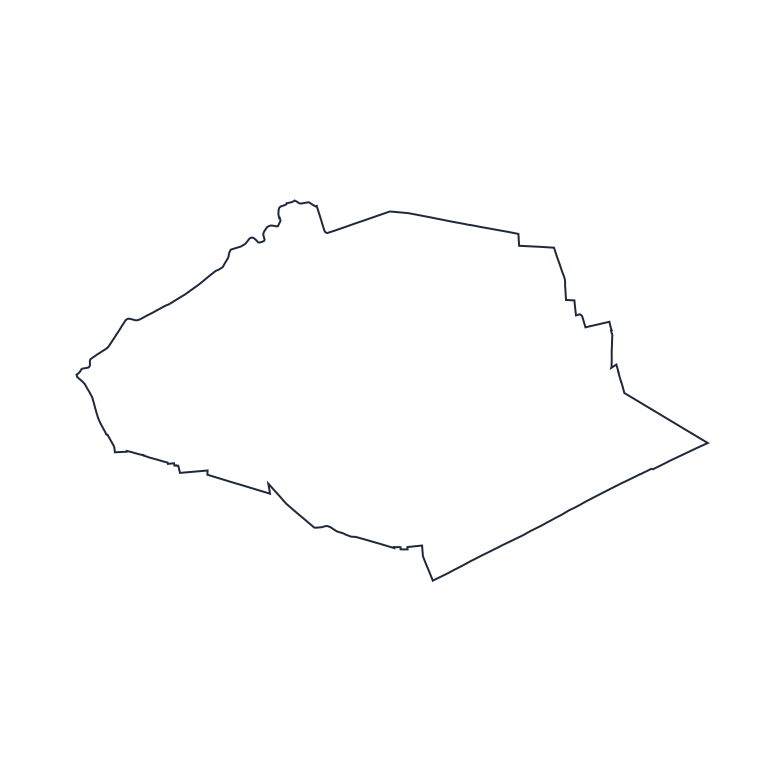 outline of San Nicolás de los Garza, Nuevo León, Mexico, rotated 162°
{"feature_id": "50627088B83196727930026", "entity_name": "San Nicolás de los Garza", "entity_type": "district", "adm_level": 2, "iso_a3": "MEX", "parent_name": "Mexico", "parent_adm1": "Nuevo León", "projection": "equal_earth", "projection_center": [-100.265, 25.736], "detail": "fine", "context": "isolated", "style": "outline", "palette": "slate", "viewbox_px": 768, "rotation_deg": 162, "n_neighbors": 0, "source": "geoboundaries", "source_scale": "gbopen_adm2", "svg_char_len": 5589}
<svg xmlns="http://www.w3.org/2000/svg" viewBox="0 0 768 768"><g transform="rotate(162 384 384)"><path d="M660.1,407.2L661.0,402.2L649.6,399.1L649.3,399.8L644.9,397.1L643.5,396.1L639.1,393.2L636.4,391.5L635.8,391.2L635.3,391.0L634.6,390.8L634.7,390.1L631.9,388.2L631.5,387.8L631.3,387.6L629.4,386.3L625.6,383.8L625.1,383.5L622.7,381.9L621.2,380.8L614.1,376.1L614.2,374.8L608.2,373.5L608.5,371.1L606.6,370.8L606.6,370.4L604.9,369.8L605.5,362.5L581.8,357.0L578.5,356.3L580.0,352.3L558.6,337.3L552.0,332.8L526.3,314.9L524.8,325.0L522.6,320.0L519.1,312.1L517.6,308.8L515.4,303.5L513.7,299.9L506.8,288.5L501.3,279.7L500.0,277.6L497.3,273.2L496.4,271.8L495.7,270.6L494.7,269.0L494.2,268.7L492.8,268.3L489.9,267.6L487.2,267.0L485.5,267.0L484.2,267.0L483.1,266.7L481.7,266.4L481.0,265.9L480.3,265.2L479.1,264.4L479.0,264.1L478.7,263.8L477.5,262.2L476.1,260.5L475.0,259.1L474.4,258.4L473.4,257.7L471.8,256.6L470.3,255.5L468.7,254.4L467.2,252.8L462.5,249.0L460.0,248.0L458.3,247.4L457.4,246.8L454.2,244.7L450.6,242.3L440.3,235.3L438.0,233.8L432.1,229.7L425.0,224.8L424.9,225.8L418.7,223.7L419.3,221.6L412.7,219.4L412.1,221.7L405.6,220.3L397.7,218.6L398.2,216.5L398.7,214.5L399.2,212.4L399.7,210.3L400.2,208.2L400.2,207.9L399.7,199.8L399.4,196.2L399.3,195.9L398.4,183.0L398.4,181.9L391.4,182.9L383.6,184.0L381.6,184.3L375.6,185.4L373.8,185.7L371.7,186.0L365.7,187.0L361.5,187.7L356.7,188.7L352.0,189.4L347.1,190.2L342.8,190.9L338.2,191.5L336.3,191.8L329.0,192.9L324.9,193.5L324.6,193.6L320.6,194.2L309.6,195.7L298.5,197.2L294.2,198.1L289.5,199.0L284.4,199.7L282.7,200.0L280.4,200.3L277.3,200.8L270.7,202.1L268.2,202.5L261.5,203.8L257.2,204.4L254.5,205.0L251.2,205.7L248.7,206.3L246.9,206.7L245.4,206.9L241.4,207.4L239.0,207.8L235.9,208.3L231.2,209.3L227.1,210.1L217.9,211.6L212.2,212.5L204.8,213.7L196.7,215.0L192.5,215.6L187.4,216.5L187.0,216.4L179.2,217.5L173.4,218.3L171.4,218.6L169.6,218.9L168.5,219.1L168.4,218.9L164.4,219.5L160.7,220.0L158.6,220.3L156.5,220.7L156.0,220.7L155.5,220.5L155.1,220.2L154.7,219.8L147.0,220.9L145.5,221.1L141.7,221.7L139.8,222.0L138.1,222.2L137.9,222.3L137.7,222.4L129.1,223.5L119.7,224.7L106.0,226.5L94.3,227.8L157.8,300.7L158.2,301.1L157.8,309.5L157.7,312.9L157.9,312.9L157.5,322.9L157.3,322.8L157.0,330.7L162.9,329.1L162.2,330.2L160.9,334.0L159.8,337.0L159.5,337.9L159.3,338.5L158.8,340.2L158.1,342.5L157.8,343.3L156.6,346.9L155.3,350.1L154.5,352.6L154.3,353.1L153.1,356.3L151.7,360.1L151.6,364.7L150.9,364.7L150.9,364.9L150.9,367.5L150.8,368.5L150.7,370.2L150.5,372.5L150.4,373.5L156.9,374.1L161.9,374.5L162.4,374.5L163.7,374.7L164.8,374.8L167.5,375.0L170.2,375.3L174.9,375.6L174.8,379.2L174.7,382.0L174.6,384.7L174.6,386.0L174.7,387.4L174.9,388.1L175.2,388.5L175.8,389.3L176.3,389.8L180.2,389.9L178.9,396.4L177.1,404.7L179.0,405.4L184.9,407.7L184.5,409.2L184.3,410.2L183.9,411.5L183.6,412.8L182.9,415.5L182.6,416.5L181.2,422.3L180.4,424.3L179.8,426.9L179.6,429.3L179.6,431.2L179.7,433.4L179.9,436.9L179.9,442.1L180.2,452.6L180.2,454.3L180.2,456.3L180.2,461.1L193.1,466.2L212.8,473.7L209.8,485.2L220.0,490.9L224.2,493.1L245.4,504.5L249.1,506.6L249.9,507.0L252.9,508.6L253.3,508.7L257.1,510.8L257.3,511.0L259.7,512.2L261.2,513.1L261.6,513.3L265.7,515.5L271.8,518.8L277.0,521.8L281.9,524.5L287.2,527.5L307.9,538.9L324.9,546.2L328.9,546.2L333.9,546.1L353.5,545.7L361.6,545.6L372.6,545.3L378.9,545.2L383.2,545.1L389.7,545.1L391.2,545.1L392.0,545.6L392.9,546.6L393.3,548.1L393.3,548.5L393.3,549.2L393.2,556.7L393.1,560.0L393.0,573.3L392.9,574.1L394.2,574.0L396.6,576.7L399.2,580.0L401.7,580.5L407.0,581.2L408.4,581.8L409.0,582.4L410.4,584.2L412.2,586.1L413.2,585.8L414.3,585.6L416.2,585.5L420.1,585.9L420.8,586.0L421.4,585.0L425.7,584.7L427.3,584.8L428.7,584.2L429.6,583.4L430.3,582.3L431.0,580.7L431.5,579.4L431.9,578.4L432.1,577.0L432.4,574.3L431.8,574.3L431.9,572.8L431.9,571.9L432.0,571.4L432.2,570.9L432.6,570.5L433.2,569.9L434.6,568.5L435.2,567.8L435.8,567.2L436.2,566.9L436.8,566.9L437.6,567.2L438.1,567.5L439.4,568.2L441.8,569.4L442.7,569.7L443.4,569.7L444.3,569.7L444.9,569.7L446.3,569.5L447.7,568.6L450.8,566.1L451.0,565.9L451.7,565.1L452.4,564.0L452.8,562.8L452.9,558.8L453.0,558.1L453.5,557.5L454.2,557.0L458.3,556.9L459.8,557.5L460.2,558.3L460.9,559.8L461.6,561.2L462.1,562.0L462.9,563.1L463.9,563.9L465.2,564.2L466.2,564.1L466.8,563.9L467.2,563.7L467.4,563.6L468.0,563.2L468.5,562.8L469.0,562.5L469.2,562.3L472.7,560.1L474.1,559.8L477.5,559.0L477.9,559.0L486.5,559.1L486.9,559.1L488.1,559.1L488.9,558.5L489.8,557.5L491.1,556.0L492.4,553.4L493.2,552.3L493.9,551.6L498.5,547.6L500.2,546.0L501.3,545.0L505.5,543.9L509.3,543.5L514.2,541.7L519.2,539.8L524.9,537.5L530.2,535.5L534.4,534.2L544.5,531.0L545.4,530.7L549.7,529.7L553.9,528.7L563.3,526.4L564.4,526.2L565.2,526.2L566.9,526.1L568.2,525.9L571.2,525.4L573.6,524.9L579.6,523.8L581.4,523.4L587.2,522.5L589.0,522.2L595.0,521.1L596.9,520.8L599.1,520.9L600.0,521.1L600.6,521.4L601.4,521.9L606.0,524.8L607.0,525.1L608.3,525.0L609.1,524.9L610.0,524.5L615.3,520.2L616.5,519.2L618.0,517.9L626.4,511.1L633.8,505.2L635.1,504.2L638.6,503.0L639.2,502.9L647.6,500.7L655.5,498.3L656.3,497.3L656.7,496.7L657.0,495.4L657.9,492.6L659.0,491.4L660.3,491.0L665.3,491.7L666.0,491.8L667.2,491.5L668.9,490.0L669.3,489.7L669.8,489.4L670.6,489.0L671.3,488.6L672.0,488.3L673.5,487.9L673.5,487.2L673.7,485.6L670.7,480.6L669.3,478.0L668.7,476.7L667.9,473.0L667.4,470.5L666.8,468.0L665.6,461.5L666.0,452.6L666.3,446.2L666.4,440.1L666.0,435.5L665.5,432.3L664.4,426.6L663.6,421.6L662.6,421.2L661.9,417.4L661.4,415.0L660.7,411.3L660.2,409.0L660.2,408.7L660.1,407.8L660.1,407.2Z" fill="none" stroke="#1e293b" stroke-width="2"/></g></svg>